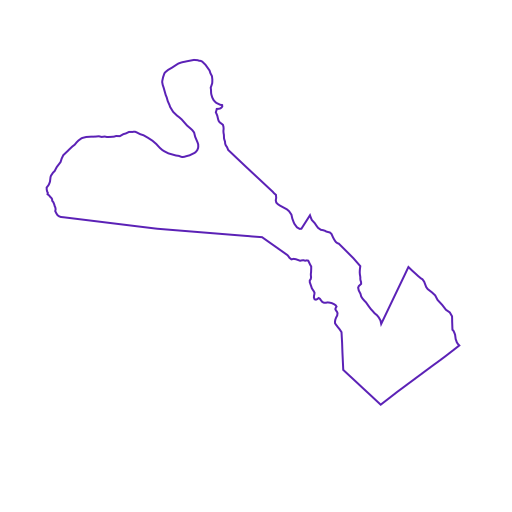 the district of Rodelas, Bahia, Brazil, rotated 313°
{"feature_id": "56859067B89920954652408", "entity_name": "Rodelas", "entity_type": "district", "adm_level": 2, "iso_a3": "BRA", "parent_name": "Brazil", "parent_adm1": "Bahia", "projection": "robinson", "projection_center": [-38.654, -9.234], "detail": "fine", "context": "isolated", "style": "outline", "palette": "violet", "viewbox_px": 512, "rotation_deg": 313, "n_neighbors": 0, "source": "geoboundaries", "source_scale": "gbopen_adm2", "svg_char_len": 4341}
<svg xmlns="http://www.w3.org/2000/svg" viewBox="0 0 512 512"><g transform="rotate(313 256 256)"><path d="M163.3,56.2L161.8,57.7L160.7,59.3L160.2,60.7L159.0,61.4L159.2,63.4L158.9,65.1L158.9,66.7L158.5,68.1L157.4,69.3L157.1,71.2L156.0,73.5L155.2,74.7L154.7,76.0L153.6,77.5L151.9,78.6L151.0,81.0L150.5,83.0L150.7,84.8L151.4,86.6L153.5,89.4L197.0,149.3L207.2,163.3L208.6,165.2L216.2,174.8L217.3,176.2L263.4,234.4L265.5,237.0L267.3,239.4L273.9,247.6L278.1,278.5L277.9,280.0L277.5,281.7L277.7,284.2L279.5,285.4L280.8,287.3L281.9,289.8L282.6,291.5L283.8,292.3L285.2,293.5L286.1,295.2L287.4,296.1L288.2,297.4L287.5,299.2L286.6,301.5L286.0,303.5L284.5,304.9L283.0,306.2L281.6,307.4L280.2,308.4L279.2,309.4L278.0,310.8L276.4,311.8L274.8,312.0L273.5,313.2L272.6,314.9L271.4,317.2L270.5,318.8L270.1,320.3L269.6,322.4L269.0,323.9L267.8,324.8L266.4,325.6L265.1,326.7L264.3,328.4L264.9,329.6L266.3,330.2L268.0,330.5L268.3,331.9L267.9,333.7L267.6,335.9L268.2,337.6L269.6,339.1L270.8,339.9L272.0,341.5L273.2,343.5L274.0,346.0L274.3,347.9L273.9,349.4L272.7,349.6L271.3,350.2L270.7,351.6L270.5,353.1L269.8,354.6L267.8,356.0L266.2,356.4L265.0,356.8L263.4,357.5L261.9,358.5L260.7,359.7L260.3,361.3L260.1,362.7L259.8,364.3L259.5,366.7L259.1,368.5L258.6,370.5L251.3,378.1L244.5,384.9L232.2,397.5L232.3,444.6L232.3,448.6L253.2,452.0L294.4,459.6L309.1,462.4L311.9,462.9L329.2,465.7L329.4,463.4L329.9,461.6L330.6,460.3L331.4,458.7L332.8,457.0L334.2,455.3L335.3,453.1L336.0,451.3L336.0,450.0L342.0,444.0L343.7,442.4L345.6,440.5L346.9,436.2L346.2,431.6L347.2,425.6L347.7,418.7L349.4,413.9L349.4,409.6L348.9,404.1L349.4,401.6L351.9,396.5L352.5,393.6L352.1,391.8L351.9,388.0L351.9,385.3L351.8,379.8L351.9,375.0L349.3,375.8L343.7,377.6L326.4,383.0L309.2,388.4L291.7,393.9L293.7,391.1L294.8,387.7L295.2,384.9L295.0,381.7L295.3,379.0L295.5,376.2L296.1,372.8L297.1,368.1L297.2,365.8L297.5,363.0L298.1,360.6L299.6,358.2L300.9,354.6L302.5,352.3L304.1,351.7L307.3,351.9L308.6,350.6L309.7,348.7L310.6,347.7L311.5,346.9L312.5,345.7L313.4,344.5L314.9,342.9L316.8,341.3L318.3,340.2L319.7,339.2L320.8,328.7L321.5,308.1L320.9,306.8L320.7,305.1L320.9,303.7L321.5,301.5L322.2,299.5L323.0,297.6L323.6,296.2L323.6,294.0L322.6,292.2L321.8,290.7L321.5,289.3L320.6,287.4L319.4,285.6L318.9,282.2L319.4,279.5L320.1,276.5L320.2,275.1L320.4,272.2L321.9,269.0L322.6,267.7L306.9,270.6L305.6,269.4L304.9,266.4L305.2,264.8L305.7,262.2L306.4,260.5L308.1,257.1L310.4,253.7L311.3,249.7L311.2,246.8L310.0,242.2L309.2,239.1L308.8,236.6L308.9,234.4L310.2,232.5L312.3,231.1L314.3,228.9L314.2,226.2L314.4,224.5L314.4,188.9L314.4,187.3L314.6,163.3L315.4,161.6L315.9,160.4L316.3,158.5L317.1,156.9L318.6,155.2L319.5,153.5L320.3,152.3L321.4,151.2L322.7,149.9L323.9,148.3L325.2,146.9L326.9,145.6L328.3,144.1L329.4,142.3L329.2,140.2L329.0,138.3L329.3,136.7L329.9,135.5L330.8,134.1L332.2,132.0L333.0,130.3L333.7,128.6L335.4,127.8L336.8,127.0L338.3,128.4L339.7,129.3L341.1,129.5L342.3,129.4L343.3,128.3L342.2,126.7L340.9,122.5L340.9,120.6L341.1,118.6L342.1,115.9L343.6,113.3L344.5,112.1L346.9,109.7L348.2,108.1L352.2,106.3L353.3,105.5L355.4,103.6L357.5,101.1L358.6,98.0L360.0,95.5L361.4,88.6L361.5,84.1L361.0,82.5L360.0,81.2L359.4,79.8L357.1,76.9L350.8,72.3L349.6,71.5L348.0,70.3L346.4,69.3L343.9,68.0L342.1,67.5L336.4,66.1L332.2,64.8L329.3,64.4L327.8,64.3L326.5,64.7L323.4,66.1L320.2,68.0L319.2,68.8L317.5,71.1L316.1,73.7L312.2,80.1L311.1,82.5L309.1,85.8L307.3,90.0L306.5,91.4L305.3,95.6L304.9,97.2L304.8,102.4L305.1,105.2L305.2,108.5L304.4,116.5L304.6,121.5L304.6,123.6L304.1,126.5L301.7,130.2L299.1,136.0L298.2,137.6L296.7,139.1L295.5,140.0L293.5,140.8L291.4,141.0L289.6,140.8L286.0,139.4L284.4,138.8L281.4,136.9L279.8,136.0L278.3,134.8L277.6,133.8L276.6,131.3L274.9,128.9L271.3,121.9L270.0,117.3L269.6,115.2L269.5,111.9L269.7,109.1L269.9,106.7L269.7,101.7L268.8,96.5L267.6,91.4L266.1,88.2L265.0,84.3L264.4,82.8L263.5,81.8L262.4,81.0L260.1,78.5L256.8,77.2L254.7,75.9L250.8,74.7L248.4,71.9L246.4,70.7L243.6,68.1L241.4,65.9L240.2,63.9L237.8,61.9L236.4,59.4L233.8,57.1L232.5,55.8L231.0,54.2L227.3,50.7L224.4,48.8L223.1,48.1L219.4,47.4L216.9,47.3L213.7,47.5L210.9,47.0L205.9,46.7L204.7,46.7L203.3,46.6L198.3,46.3L194.8,47.4L191.4,49.0L185.3,49.6L183.7,50.0L180.9,50.8L178.5,50.7L174.9,51.3L173.6,51.9L169.9,54.6L168.5,55.2L166.9,55.8L165.7,56.0L163.3,56.2Z" fill="none" stroke="#5b21b6" stroke-width="2"/></g></svg>